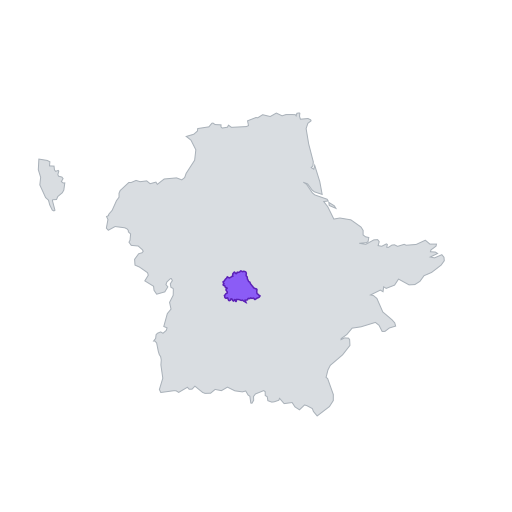 Nièvre on a map of France (Mercator projection), rotated 158°
{"feature_id": "FRA-5329", "entity_name": "Nièvre", "entity_type": "Metropolitan department", "adm_level": 1, "iso_a3": "FRA", "parent_name": "France", "parent_adm1": "", "projection": "mercator", "projection_center": [3.438, 47.114], "detail": "fine", "context": "in_parent", "style": "filled", "palette": "violet", "viewbox_px": 512, "rotation_deg": 158, "n_neighbors": 0, "source": "natural_earth", "source_scale": "10m", "svg_char_len": 6595}
<svg xmlns="http://www.w3.org/2000/svg" viewBox="0 0 512 512"><g transform="rotate(158 256 256)"><path d="M382.8,215.5L379.9,217.2L378.1,220.5L376.2,221.3L372.8,221.3L371.2,219.2L367.1,220.6L365.4,222.7L367.9,225.2L359.8,235.8L354.7,238.6L353.5,245.4L347.5,250.6L345.2,255.9L345.0,257.0L346.6,258.8L345.9,262.3L342.8,264.5L342.9,266.7L343.7,267.1L348.4,265.3L350.2,263.2L349.3,260.4L354.0,256.9L362.4,257.8L363.4,262.4L362.3,266.3L368.4,274.6L363.1,278.5L362.8,281.1L368.2,289.4L371.6,292.9L369.8,298.4L364.0,302.0L360.4,301.7L358.8,302.6L359.0,304.4L361.5,309.4L367.7,312.6L368.6,316.4L366.9,317.8L364.0,323.4L365.3,326.2L364.8,327.5L365.4,329.4L367.1,331.3L375.6,336.1L383.3,335.2L384.3,337.9L379.6,345.3L379.8,348.6L377.5,348.7L377.0,349.8L372.3,352.2L364.6,359.6L361.0,361.8L359.5,365.5L357.4,367.6L346.4,371.8L344.3,370.9L338.9,371.0L335.6,368.3L329.2,366.6L327.1,362.7L321.1,362.0L320.7,359.4L312.3,361.8L300.4,358.2L296.3,354.4L292.8,355.4L289.8,358.8L277.0,367.8L272.0,377.0L272.9,387.8L275.9,393.0L268.1,392.2L263.5,393.8L262.3,396.0L251.3,393.4L247.2,395.6L246.1,395.4L244.7,393.2L239.3,390.7L240.1,388.9L239.4,387.3L234.3,386.1L232.5,387.6L230.6,384.5L216.4,379.6L214.1,379.7L213.2,384.5L204.1,384.4L202.7,383.5L196.9,384.5L190.6,380.0L183.6,380.9L179.3,376.2L175.2,375.9L169.3,373.5L166.6,372.3L166.3,370.9L164.6,373.0L162.4,372.5L161.9,371.9L163.3,369.3L163.6,366.2L156.3,364.0L154.3,361.8L154.3,360.7L158.2,359.6L161.8,355.4L165.2,340.1L167.6,321.8L169.4,318.3L171.7,317.3L169.9,314.8L167.6,318.1L169.0,301.1L171.6,288.3L177.8,293.6L179.2,295.9L181.1,303.5L184.5,306.7L182.3,303.6L180.1,293.4L178.6,290.6L168.8,282.0L168.5,280.0L172.8,281.1L171.0,274.7L170.0,261.1L164.0,259.8L154.5,254.0L147.8,243.5L147.1,239.6L148.8,235.4L147.3,232.8L144.5,230.9L146.7,227.4L148.6,227.0L155.5,229.1L149.9,225.7L140.7,226.8L137.1,225.6L136.4,223.1L138.9,219.9L135.8,217.9L130.6,218.4L129.9,217.5L131.5,215.2L130.2,214.4L125.9,215.2L123.4,214.5L121.1,211.9L114.2,211.3L112.7,209.7L103.1,206.7L93.1,207.2L90.3,201.9L84.2,199.4L85.4,197.7L91.5,196.1L92.7,194.6L88.3,192.5L86.7,190.3L94.8,189.8L91.2,187.4L83.2,187.6L82.2,184.4L83.2,181.1L87.8,178.2L99.3,175.0L107.6,174.8L113.5,171.1L119.4,170.0L124.9,171.9L132.5,181.2L138.4,177.1L147.4,177.2L149.2,179.6L151.6,175.3L153.5,177.8L164.4,177.0L161.9,175.3L159.8,171.3L159.4,156.6L153.8,145.9L152.4,142.0L152.8,138.7L159.3,139.3L164.7,137.8L167.3,138.8L167.9,145.7L170.2,149.7L185.2,151.0L193.9,153.1L201.2,149.2L208.0,147.5L208.5,146.6L204.6,146.9L201.0,145.2L200.5,143.4L202.4,137.9L212.8,131.9L228.1,126.8L232.0,123.4L236.5,117.2L235.5,115.6L236.2,98.6L238.5,93.0L244.3,88.9L259.2,84.8L261.0,90.3L260.9,93.4L264.9,98.2L266.8,99.7L273.3,97.1L276.4,101.5L277.4,106.6L285.2,108.6L287.5,115.2L288.9,113.7L293.8,114.0L296.1,114.6L299.2,117.4L298.3,121.3L299.7,123.2L298.3,126.8L299.3,128.3L308.2,128.3L310.9,126.7L312.2,123.1L314.9,121.0L315.9,121.6L314.2,128.3L315.4,130.0L316.1,134.7L319.5,135.1L326.1,138.9L331.6,145.1L338.5,144.1L343.9,147.6L349.5,145.8L354.7,147.7L356.6,149.5L361.4,158.2L365.2,156.5L367.9,157.5L368.8,160.0L378.8,158.5L380.6,161.0L382.7,161.9L395.4,165.1L395.6,168.4L388.2,177.6L385.0,190.6L382.8,195.1L382.1,198.5L382.6,200.7L382.3,204.2L380.7,212.6L381.6,215.0L382.8,215.5ZM428.1,380.7L427.5,385.5L429.2,389.0L429.8,402.9L426.2,409.6L425.5,417.6L421.0,427.2L413.9,422.9L411.8,420.6L413.7,416.9L409.6,415.0L410.6,411.4L410.1,409.6L407.3,409.4L407.1,408.5L409.2,405.8L409.2,404.0L406.4,401.9L405.9,400.0L408.6,397.9L407.4,395.9L405.9,395.4L409.5,389.1L411.9,387.2L417.5,385.4L419.8,383.1L423.4,384.3L424.0,383.7L425.3,373.7L426.5,373.5L427.7,374.9L428.1,380.7ZM169.2,275.4L168.4,278.4L164.6,273.2L164.1,270.3L169.2,275.4Z" fill="#d9dde1" stroke="#a8b0b8" stroke-width="1"/><path d="M297.6,224.6L298.0,225.2L298.0,227.8L298.8,228.0L299.2,227.9L299.7,228.0L300.0,228.4L300.3,228.9L300.4,229.6L300.1,230.5L300.1,231.2L299.5,231.4L298.1,232.3L296.5,232.5L296.4,232.7L296.2,233.4L296.1,233.7L296.2,234.1L296.5,235.1L296.6,235.5L296.5,235.8L296.4,236.1L296.2,236.3L296.0,236.5L295.3,236.6L295.0,236.7L294.9,237.1L295.0,237.6L295.3,237.7L295.8,237.9L296.1,238.3L296.2,238.8L296.1,240.0L296.3,240.4L296.8,240.6L297.2,241.0L297.3,241.6L297.0,242.0L296.2,242.3L296.0,242.6L296.3,243.2L296.3,243.3L296.3,243.9L296.2,244.2L296.2,244.4L296.0,244.5L295.4,244.5L294.9,244.7L293.0,246.0L291.5,246.5L290.9,247.1L290.4,247.4L289.3,246.0L288.7,245.6L285.9,246.0L285.2,245.9L285.2,246.0L285.1,246.3L285.1,246.5L285.0,246.9L284.8,247.0L284.5,247.2L284.4,247.4L284.4,247.7L284.3,248.1L284.1,248.2L283.8,248.4L282.7,249.0L282.1,249.2L281.9,249.1L281.8,248.7L281.8,248.3L281.7,248.1L281.5,247.9L281.4,247.4L281.2,247.2L280.6,247.0L280.4,247.1L280.2,247.2L279.9,247.7L279.7,247.9L279.4,248.0L279.2,247.9L278.7,247.6L278.3,247.4L277.6,247.3L277.3,247.3L276.9,247.4L276.0,247.9L275.7,247.9L275.4,247.7L275.2,247.5L274.6,246.8L274.3,246.5L273.9,246.4L273.6,246.4L273.3,246.5L273.2,246.5L273.1,246.4L272.9,246.3L272.4,246.0L272.0,245.6L271.6,245.2L271.5,244.9L271.4,244.7L271.4,244.2L271.5,243.4L271.7,243.1L272.3,242.0L272.4,241.6L272.5,241.4L272.5,241.1L272.4,241.0L272.4,240.9L272.1,240.3L272.1,240.1L272.0,239.8L272.0,239.7L272.3,238.9L272.5,238.1L272.6,237.7L272.5,237.4L272.5,237.1L272.4,236.7L272.4,235.8L272.4,235.1L272.3,234.9L272.2,234.8L271.7,234.4L271.5,234.1L271.5,233.8L271.5,233.5L271.5,233.0L271.6,232.7L271.5,232.4L271.4,231.8L271.3,231.6L271.0,230.6L270.7,229.5L270.5,229.2L270.2,227.8L270.2,227.5L270.0,227.2L269.9,227.1L269.5,226.8L269.4,226.7L268.8,225.9L268.7,225.8L268.6,225.7L268.3,225.6L268.2,225.6L268.0,225.4L267.9,225.2L267.7,224.9L267.7,224.7L267.7,224.4L267.9,224.0L268.2,223.6L268.5,223.0L268.6,222.9L268.6,222.7L268.8,222.2L269.1,221.0L269.1,220.7L268.9,220.4L268.5,219.8L268.3,219.5L268.1,218.9L267.8,218.3L267.7,218.1L267.2,217.6L267.3,217.4L268.3,216.7L268.5,216.6L269.5,216.6L270.0,216.4L270.6,216.6L273.1,216.0L273.4,216.1L273.6,216.3L273.7,216.5L273.7,217.2L273.8,217.5L274.2,218.0L275.4,218.1L275.9,218.3L276.3,218.9L276.5,219.1L276.9,219.2L277.6,218.8L277.8,218.8L278.8,219.5L279.1,219.6L279.5,219.4L280.2,218.6L280.8,218.6L282.6,219.1L282.7,217.9L282.7,216.7L282.9,216.9L283.6,218.1L284.4,218.9L284.6,219.3L284.8,219.7L285.0,220.1L285.4,220.2L285.9,220.2L286.4,220.4L288.1,222.0L290.3,223.0L290.5,222.9L290.8,222.5L291.0,221.9L291.1,221.6L291.3,221.4L291.5,221.3L291.9,221.5L292.0,221.8L292.0,222.3L291.8,223.0L291.8,223.4L292.2,223.6L293.8,222.7L294.2,223.3L294.4,225.1L295.0,225.6L295.4,225.6L295.7,225.3L295.9,224.9L296.2,224.6L296.5,224.6L297.6,224.6Z" fill="#8b5cf6" stroke="#5b21b6" stroke-width="1.5"/></g></svg>